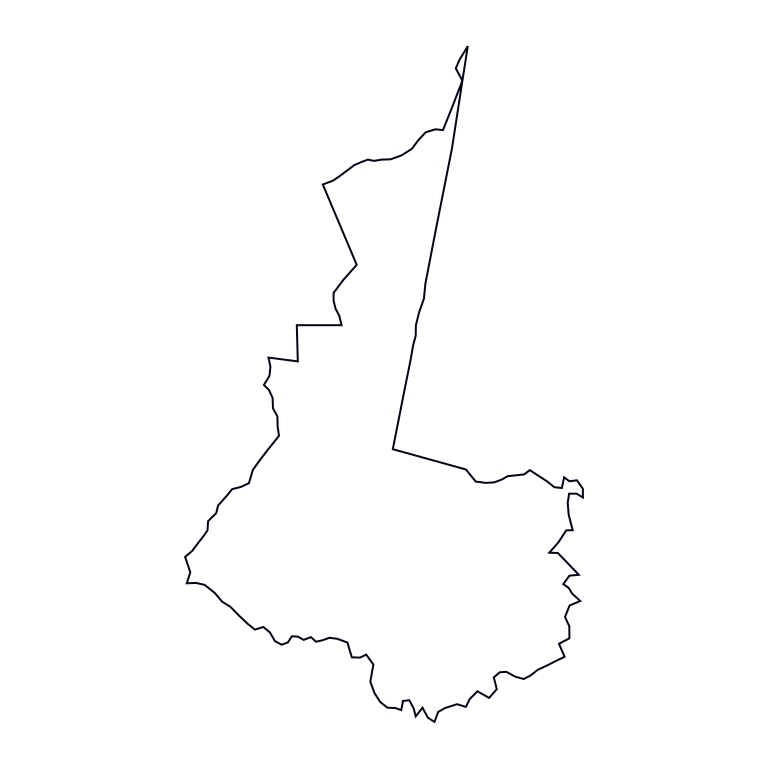 outline of Pinhalão, Paraná, Brazil
{"feature_id": "56859067B37509012226284", "entity_name": "Pinhalão", "entity_type": "district", "adm_level": 2, "iso_a3": "BRA", "parent_name": "Brazil", "parent_adm1": "Paraná", "projection": "equal_earth", "projection_center": [-50.054, -23.866], "detail": "fine", "context": "isolated", "style": "outline", "palette": "ink", "viewbox_px": 768, "rotation_deg": 0, "n_neighbors": 0, "source": "geoboundaries", "source_scale": "gbopen_adm2", "svg_char_len": 2137}
<svg xmlns="http://www.w3.org/2000/svg" viewBox="0 0 768 768"><path d="M564.1,477.3L561.9,488.0L554.3,487.2L546.7,481.1L538.3,475.7L529.8,470.1L524.2,474.4L515.2,475.4L507.6,476.2L501.9,479.5L494.2,482.4L486.0,482.9L475.8,481.6L465.9,469.5L392.8,449.2L404.1,392.0L410.3,361.4L413.1,345.5L415.7,335.7L415.9,325.2L419.1,312.3L423.9,298.8L425.4,283.6L434.5,236.6L436.4,226.8L452.0,148.3L462.4,80.7L457.4,93.6L451.5,108.8L443.0,130.1L435.5,129.3L425.7,132.3L418.2,140.3L411.9,148.8L401.5,155.4L390.6,159.3L381.8,159.6L373.9,160.9L368.0,159.6L361.2,162.1L354.2,165.2L339.8,176.0L332.9,180.7L322.8,184.5L356.7,264.8L343.0,280.3L333.6,292.9L333.6,300.8L335.6,308.8L339.2,315.6L341.6,325.2L296.8,325.2L297.8,361.4L268.5,357.6L270.4,366.5L269.5,375.7L263.9,385.0L268.9,389.9L272.6,397.9L273.0,408.4L277.4,416.4L277.6,426.1L279.0,435.8L268.2,449.3L260.7,459.0L252.9,469.8L248.9,483.2L240.7,487.0L232.2,489.1L227.1,495.4L218.1,505.5L216.2,513.2L208.1,521.1L207.5,530.4L203.5,536.1L198.1,543.0L192.1,551.0L185.1,556.9L190.3,572.3L186.8,583.3L195.9,582.9L204.7,584.9L214.7,592.9L222.3,601.8L230.4,606.8L238.9,615.5L247.9,624.0L254.9,629.6L263.3,627.0L269.9,632.4L275.0,641.2L281.6,644.7L287.8,642.5L291.8,636.3L297.8,636.6L303.7,639.9L310.9,637.1L316.0,641.7L322.0,640.4L329.4,637.8L337.3,638.8L347.4,642.5L351.8,657.3L360.1,657.6L366.2,654.6L373.4,664.5L370.3,681.7L374.6,693.3L380.3,702.1L387.5,707.7L395.3,708.0L401.3,710.1L402.9,701.0L409.3,700.2L413.7,708.5L415.7,716.4L422.5,707.7L427.9,717.7L434.5,721.9L438.2,711.9L445.1,708.0L457.1,704.2L465.9,706.9L469.6,699.2L477.4,691.3L489.1,697.9L496.8,689.2L493.8,677.4L499.8,672.3L506.3,671.8L515.1,676.6L523.6,679.0L530.4,675.6L537.6,669.9L547.8,665.1L555.0,661.4L564.6,656.8L559.0,643.8L569.4,638.3L569.3,626.2L565.0,617.0L569.6,605.5L580.3,601.0L572.2,593.7L568.7,587.9L563.3,584.1L569.4,575.7L578.8,574.8L565.9,561.3L557.8,553.0L549.3,552.7L558.3,542.5L566.2,530.4L572.7,530.2L568.7,514.8L567.7,503.0L569.1,493.7L576.6,493.7L582.9,497.5L582.9,488.8L576.9,480.3L569.4,481.3L564.1,477.3ZM462.4,80.7L467.8,46.1L459.4,60.0L455.8,68.4L462.4,80.7Z" fill="none" stroke="#020617" stroke-width="2"/></svg>